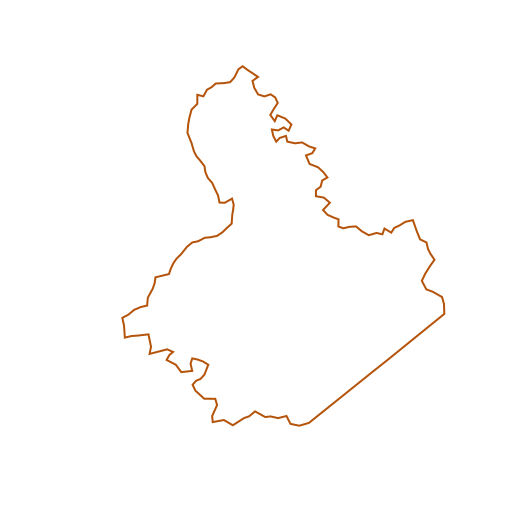 the district of Arapuã, Paraná, Brazil, rotated 330°
{"feature_id": "56859067B42065519789749", "entity_name": "Arapuã", "entity_type": "district", "adm_level": 2, "iso_a3": "BRA", "parent_name": "Brazil", "parent_adm1": "Paraná", "projection": "robinson", "projection_center": [-51.814, -24.328], "detail": "fine", "context": "isolated", "style": "outline", "palette": "amber", "viewbox_px": 512, "rotation_deg": 330, "n_neighbors": 0, "source": "geoboundaries", "source_scale": "gbopen_adm2", "svg_char_len": 2193}
<svg xmlns="http://www.w3.org/2000/svg" viewBox="0 0 512 512"><g transform="rotate(330 256 256)"><path d="M347.3,101.9L341.8,90.8L339.3,85.0L334.1,85.5L326.7,90.5L320.6,92.5L315.2,90.5L307.4,86.5L301.8,87.6L296.7,87.5L290.3,91.4L285.8,87.1L281.2,94.9L273.4,97.0L267.4,103.0L263.4,107.7L258.2,115.1L256.6,126.2L254.6,134.3L254.3,139.9L255.3,145.1L256.3,152.5L254.1,158.0L253.3,164.3L254.6,170.8L253.8,179.0L253.4,184.6L251.1,191.5L255.6,194.3L263.9,194.3L262.4,200.3L259.4,204.4L255.8,208.8L251.1,215.8L245.5,217.0L238.6,218.7L232.4,219.1L225.9,217.0L220.8,214.6L213.3,214.3L207.6,212.4L200.9,213.5L192.2,216.9L186.0,218.5L180.7,221.0L175.7,224.5L171.6,228.1L158.3,224.2L154.5,229.0L150.2,232.7L141.5,238.0L136.9,244.5L130.8,242.6L123.7,241.7L115.9,243.0L109.3,242.7L106.9,250.3L101.6,261.1L108.3,263.1L113.6,265.7L123.7,270.1L119.7,282.1L114.9,287.6L132.4,292.4L136.2,297.6L131.6,298.4L126.6,301.3L132.2,310.1L133.2,319.2L143.3,323.6L145.5,316.5L149.6,312.8L153.8,316.6L157.4,320.9L160.3,326.3L152.1,332.9L146.5,334.7L141.7,334.1L136.7,335.8L136.2,342.3L139.8,353.7L149.3,359.3L147.8,365.6L138.0,372.7L135.5,378.2L146.2,382.0L151.3,391.0L164.8,390.4L169.8,391.4L177.5,390.1L183.5,400.1L188.4,402.2L194.0,407.4L202.4,409.8L201.9,418.6L208.6,424.6L218.4,427.0L300.9,414.3L318.5,411.7L390.1,400.3L394.8,391.6L396.6,384.6L391.3,375.5L386.8,370.0L387.2,360.4L394.1,355.7L401.3,351.9L408.7,348.5L408.2,341.6L408.4,336.2L410.4,329.5L406.4,323.6L407.6,315.1L409.8,303.4L402.4,301.1L395.8,301.3L389.8,300.8L384.8,303.4L381.0,296.5L376.3,300.4L371.9,296.3L364.1,294.4L360.1,287.7L357.4,280.4L351.4,277.4L345.5,275.7L342.1,271.6L345.8,265.5L342.3,261.3L338.6,256.2L337.0,249.7L346.6,246.8L344.0,239.4L337.8,234.2L340.8,229.0L346.6,228.3L351.1,223.7L357.1,223.7L356.2,216.9L354.1,210.2L348.4,203.0L349.6,193.9L356.2,195.1L361.1,192.4L356.7,187.6L352.7,180.7L346.1,177.9L340.3,172.6L342.0,167.0L335.5,165.6L330.7,167.1L331.0,160.6L333.0,154.4L338.0,158.3L344.3,158.5L346.9,163.8L352.4,159.8L350.1,151.6L344.8,144.8L339.7,148.6L338.9,141.0L345.0,137.5L351.4,134.3L351.9,128.2L349.5,123.3L343.1,122.0L338.6,117.1L338.6,109.5L340.5,102.6L347.3,101.9Z" fill="none" stroke="#b45309" stroke-width="2"/></g></svg>